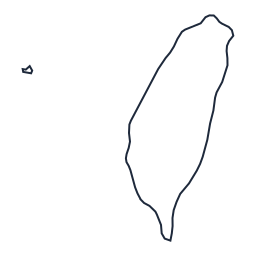 the border of Taiwan
{"feature_id": "TWN", "entity_name": "Taiwan", "entity_type": "country or territory", "adm_level": 0, "iso_a3": "TWN", "parent_name": "Asia", "parent_adm1": "", "projection": "robinson", "projection_center": [120.725, 23.601], "detail": "fine", "context": "isolated", "style": "outline", "palette": "slate", "viewbox_px": 256, "rotation_deg": 0, "n_neighbors": 0, "source": "natural_earth", "source_scale": "50m", "svg_char_len": 905}
<svg xmlns="http://www.w3.org/2000/svg" viewBox="0 0 256 256"><path d="M180.2,193.9L176.6,201.8L173.7,210.1L172.5,218.0L172.6,226.1L171.8,233.4L170.4,240.6L164.7,238.6L161.7,233.4L161.0,224.9L156.9,214.6L155.4,211.6L149.5,205.9L144.1,203.0L140.0,198.8L140.5,199.1L137.5,193.4L135.1,187.3L130.4,170.1L128.7,165.9L126.5,162.1L125.9,158.3L126.6,154.1L128.7,147.9L130.0,141.6L129.0,133.0L129.4,124.5L130.9,120.7L158.2,69.0L165.6,58.0L170.1,52.6L173.9,46.5L177.5,38.8L181.9,31.8L185.1,29.6L200.7,23.3L205.5,17.2L209.4,15.4L213.8,15.5L216.7,18.3L219.3,21.8L221.9,23.6L228.8,27.0L231.9,30.2L233.3,35.7L229.1,41.0L227.0,45.8L226.6,51.0L227.4,58.1L227.5,65.3L222.2,82.0L216.6,92.4L215.1,97.6L213.4,110.5L210.1,123.5L207.3,139.9L202.7,156.8L200.1,163.9L196.8,170.6L189.0,183.4L180.2,193.9ZM29.7,66.1L32.2,70.6L31.1,73.3L23.2,71.9L22.7,69.1L25.8,69.6L29.7,66.1Z" fill="none" stroke="#1e293b" stroke-width="2"/></svg>